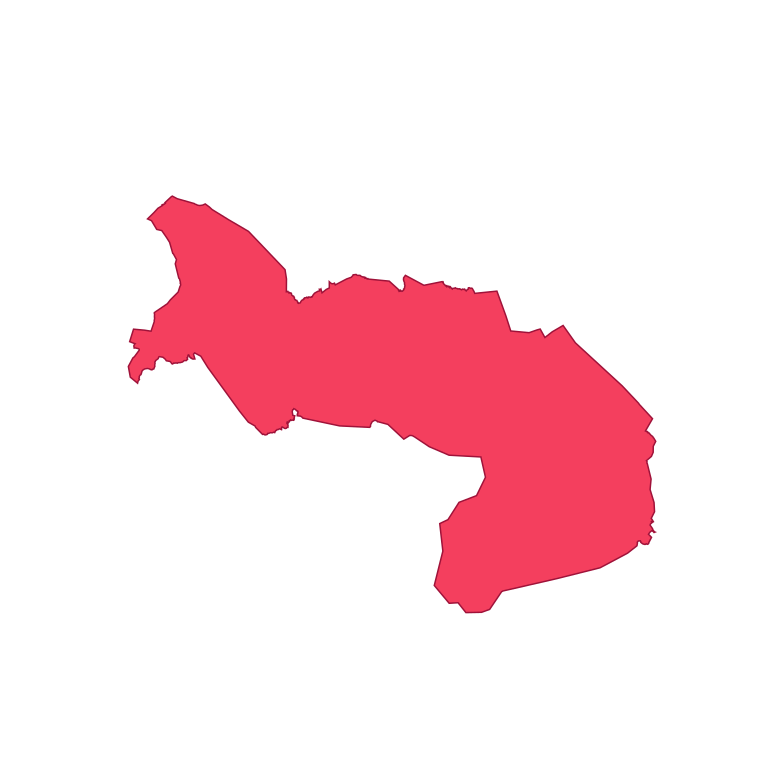 Tynset nor, Hedmark, Norway, rotated 152°
{"feature_id": "86288312B7297449616309", "entity_name": "Tynset nor", "entity_type": "district", "adm_level": 2, "iso_a3": "NOR", "parent_name": "Norway", "parent_adm1": "Hedmark", "projection": "albers", "projection_center": [10.663, 62.36], "detail": "fine", "context": "isolated", "style": "filled", "palette": "rose", "viewbox_px": 768, "rotation_deg": 152, "n_neighbors": 0, "source": "geoboundaries", "source_scale": "gbopen_adm2", "svg_char_len": 6159}
<svg xmlns="http://www.w3.org/2000/svg" viewBox="0 0 768 768"><g transform="rotate(152 384 384)"><path d="M410.5,208.8L434.2,182.5L429.4,159.8L421.3,156.1L419.0,143.7L405.0,136.6L396.5,135.4L377.7,145.4L376.1,145.4L322.3,130.9L279.5,120.3L248.3,120.3L236.6,122.4L234.9,124.6L234.7,125.4L233.2,126.0L231.5,125.3L231.6,125.1L231.2,124.5L231.6,123.8L231.4,123.1L230.6,121.4L229.3,120.1L228.5,119.7L227.4,119.8L226.9,118.9L225.9,118.7L225.0,119.1L224.7,119.6L219.8,123.0L221.0,127.2L218.8,128.3L216.2,128.8L216.0,128.1L215.6,127.5L215.3,126.1L214.2,126.0L214.7,126.6L214.9,128.3L215.1,128.8L214.8,130.2L215.3,134.5L214.5,135.3L212.6,135.7L212.6,136.9L211.6,137.0L211.4,135.9L210.8,135.9L210.9,138.0L211.1,139.9L205.1,144.2L201.2,152.6L198.6,165.9L192.8,174.7L188.9,190.1L189.0,190.8L188.2,191.9L188.3,193.1L181.9,194.5L178.4,197.3L175.5,202.6L171.0,205.8L171.2,209.8L171.4,210.1L171.4,211.5L172.4,213.6L172.5,214.4L172.9,215.4L172.8,215.8L173.0,216.4L173.8,216.9L173.7,217.3L174.0,217.9L173.7,217.9L173.9,218.5L174.2,218.6L175.2,219.8L163.2,227.3L168.2,246.3L168.2,247.2L174.6,270.6L195.7,330.5L198.4,351.6L211.0,351.1L220.1,349.5L220.3,359.2L223.4,359.9L231.8,361.2L247.2,371.3L244.4,387.0L240.7,413.0L261.3,421.4L261.1,423.5L261.2,427.0L261.8,427.6L262.5,427.7L263.5,429.0L264.3,429.3L265.3,428.1L266.2,428.3L267.7,427.6L268.3,429.0L268.1,429.5L268.3,430.0L269.2,430.1L270.0,430.9L270.5,430.7L271.5,430.9L271.7,431.6L272.3,431.9L272.4,432.5L274.3,433.4L274.6,434.0L275.6,434.7L275.9,435.5L277.0,435.5L278.4,436.2L279.1,435.8L279.5,436.9L279.8,438.9L280.2,439.0L280.7,438.5L280.8,439.2L281.2,439.4L280.9,439.9L281.5,440.3L282.9,440.3L282.9,440.9L283.1,441.1L282.6,441.5L283.7,442.2L283.7,442.9L284.1,443.7L284.3,445.3L284.3,445.9L283.9,446.1L283.9,446.4L284.5,446.3L284.6,447.1L302.4,452.4L314.1,469.9L316.9,468.5L317.3,467.8L317.9,466.8L318.2,465.2L318.3,463.7L319.0,462.7L319.2,461.4L319.6,460.6L320.3,460.0L320.7,459.1L321.7,458.7L321.8,458.3L322.4,457.9L322.5,458.1L322.8,457.7L324.2,457.3L324.7,457.4L324.8,457.6L324.7,457.8L325.3,458.1L325.4,459.1L325.6,459.4L326.2,459.1L326.4,458.4L327.2,458.7L326.9,459.3L327.2,459.9L326.9,460.3L327.0,461.0L331.1,472.4L349.2,484.4L348.9,484.7L349.9,485.3L350.1,485.9L350.2,486.6L350.5,486.6L350.7,486.1L351.2,486.3L351.2,486.6L350.7,486.9L351.5,487.5L351.4,487.9L352.6,488.6L353.6,489.8L354.2,491.2L356.3,492.3L356.8,492.8L357.2,493.8L360.0,494.9L360.5,494.4L362.8,493.6L367.7,494.3L380.5,494.4L380.4,496.3L381.8,496.4L382.9,497.0L383.7,498.2L384.3,500.0L387.2,494.5L390.6,494.6L395.9,493.6L395.1,497.5L395.6,497.3L396.6,498.0L397.1,496.4L398.9,496.9L402.7,496.8L405.0,495.8L406.4,494.7L407.1,495.2L407.4,494.8L408.1,494.9L409.5,496.2L410.7,495.7L410.9,495.8L410.8,496.4L411.7,497.0L412.2,496.7L413.8,497.4L414.6,496.6L415.1,496.9L416.1,496.3L416.7,496.6L418.5,496.0L419.7,495.0L421.0,495.2L421.2,495.5L421.7,495.4L421.9,495.7L421.6,496.0L421.9,496.4L421.7,496.5L421.7,497.3L421.8,498.3L421.7,498.7L422.8,499.7L422.7,500.1L423.0,500.5L423.0,501.7L422.6,502.2L422.7,502.8L422.5,503.2L422.7,503.5L422.6,504.1L423.2,504.5L423.7,505.7L423.2,507.7L423.9,508.1L424.0,508.6L424.4,508.9L425.1,508.9L424.9,509.8L425.8,510.6L425.6,511.0L426.9,511.3L420.8,522.5L417.7,531.4L432.0,582.4L444.2,602.2L453.9,618.8L455.1,622.3L457.3,626.9L460.2,627.1L462.9,628.1L464.7,629.4L465.3,630.4L466.4,631.5L466.7,632.3L479.6,644.7L482.7,649.3L484.0,649.2L492.2,647.0L492.0,646.3L492.2,646.2L494.2,645.9L494.4,646.3L496.0,646.3L495.9,645.6L501.1,645.3L506.5,643.4L515.3,640.8L512.6,637.3L512.1,627.2L508.2,623.8L507.2,615.3L506.8,609.7L509.2,598.5L508.9,597.9L508.8,591.3L511.9,588.1L515.5,573.9L515.2,572.9L515.6,571.4L515.6,570.9L515.8,570.0L516.1,569.8L516.2,568.9L516.7,568.5L516.6,567.8L517.2,566.7L518.5,565.8L522.6,561.8L533.1,558.6L537.6,556.6L553.2,554.9L553.6,554.4L553.8,553.4L555.2,551.0L555.2,550.6L555.6,550.2L555.9,549.3L557.0,548.1L557.5,547.0L564.9,540.0L570.1,543.9L579.4,550.0L588.7,540.8L584.9,536.4L585.5,536.3L587.0,535.1L587.7,533.0L586.9,532.8L584.0,530.3L583.9,529.4L584.2,528.8L591.5,525.3L593.5,524.9L601.5,519.5L604.8,509.1L601.2,500.4L599.9,501.9L597.8,502.8L597.7,503.2L597.9,503.8L596.9,504.8L596.6,505.5L595.3,506.3L594.1,506.4L593.6,507.1L592.8,507.6L592.2,508.5L590.9,509.4L588.4,509.7L585.6,508.8L584.0,507.5L583.5,506.4L583.0,506.3L582.3,505.4L581.2,505.7L580.3,505.3L577.9,507.3L577.6,508.4L576.5,509.6L576.1,511.0L575.5,511.1L574.6,511.9L571.5,512.4L570.3,513.5L569.6,513.7L566.6,511.4L565.5,508.6L565.3,506.7L562.4,504.4L562.0,503.3L561.8,501.5L561.2,500.9L559.7,501.2L559.0,500.6L557.7,500.3L556.8,499.4L555.9,499.5L553.8,498.5L551.5,498.0L549.6,498.5L547.5,497.5L546.7,497.9L545.9,497.9L545.7,498.2L545.7,498.9L545.5,499.7L544.7,499.8L544.1,500.8L543.4,501.5L542.8,501.4L542.7,500.8L542.9,500.3L542.7,499.4L542.8,499.0L542.6,498.1L542.1,497.8L542.2,497.2L541.0,495.7L539.2,494.9L538.2,499.8L536.7,500.4L536.3,499.9L532.7,494.6L531.8,481.4L524.3,428.0L521.7,414.0L517.6,407.5L517.7,405.9L514.9,396.5L513.8,396.2L513.3,395.2L512.4,394.6L510.8,394.3L509.9,395.0L509.3,394.6L507.0,394.3L505.7,393.4L503.7,393.1L503.3,392.4L501.5,393.7L500.6,393.5L499.8,394.0L498.6,393.4L497.4,393.6L495.9,391.8L495.4,392.4L495.2,393.3L494.3,393.9L493.8,393.6L492.5,391.4L492.0,391.0L491.0,390.8L490.0,391.2L489.2,390.8L488.1,392.6L488.1,393.4L487.6,393.8L488.1,394.3L488.2,394.7L487.4,395.3L487.3,395.5L487.5,395.7L487.3,395.9L487.1,395.8L487.0,395.0L486.1,394.8L485.4,395.2L485.1,395.4L485.2,395.7L484.9,396.0L484.1,395.7L483.5,396.2L483.0,395.4L482.1,395.3L480.9,394.4L480.1,394.6L480.0,394.9L480.1,395.3L479.6,395.5L479.7,395.8L477.7,397.8L479.2,399.1L478.0,402.7L476.8,404.1L476.1,404.0L475.2,404.6L474.0,402.9L473.9,401.7L473.2,401.1L473.0,400.7L473.3,400.5L473.0,399.6L473.8,398.9L474.1,398.0L474.7,398.1L475.5,396.7L472.8,394.8L472.2,393.8L471.7,392.4L471.7,392.0L442.8,367.8L416.9,352.4L415.6,353.1L415.4,353.8L414.4,354.8L412.0,356.3L409.0,356.3L407.6,354.7L407.5,353.7L407.0,353.5L399.5,346.5L392.4,326.0L385.4,326.5L383.3,325.2L381.7,322.7L373.5,307.4L360.0,290.6L332.7,274.1L338.2,254.0L354.7,242.0L373.3,244.3L391.2,234.2L400.3,234.6L410.5,208.8Z" fill="#f43f5e" stroke="#9f1239" stroke-width="1.5"/></g></svg>